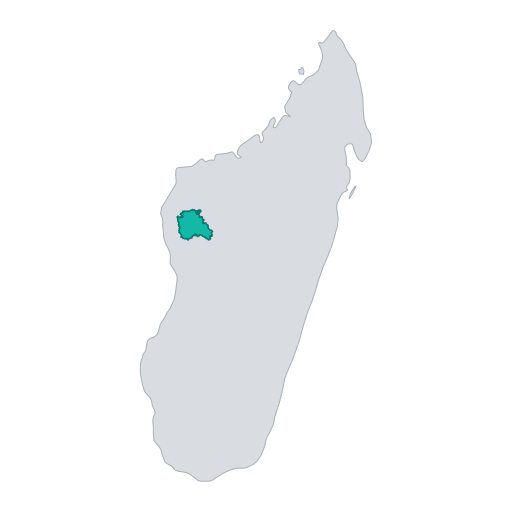 location of Morafenobe, Melaky, Madagascar
{"feature_id": "10022922B27026898293410", "entity_name": "Morafenobe", "entity_type": "district", "adm_level": 2, "iso_a3": "MDG", "parent_name": "Madagascar", "parent_adm1": "Melaky", "projection": "orthographic", "projection_center": [45.038, -17.912], "detail": "fine", "context": "in_parent", "style": "filled", "palette": "teal", "viewbox_px": 512, "rotation_deg": 0, "n_neighbors": 0, "source": "geoboundaries", "source_scale": "gbopen_adm2", "svg_char_len": 8640}
<svg xmlns="http://www.w3.org/2000/svg" viewBox="0 0 512 512"><path d="M343.1,42.8L344.6,46.3L346.2,49.7L351.6,57.9L353.8,61.1L355.8,64.5L356.6,71.1L359.8,81.5L362.8,97.1L363.4,113.0L364.3,120.4L366.6,127.3L370.6,134.5L371.7,142.5L369.0,150.6L365.2,158.2L364.2,159.6L362.4,161.5L361.6,161.4L358.8,159.4L356.5,156.1L353.6,148.3L352.6,144.4L351.4,143.8L347.8,144.0L345.2,146.4L344.7,147.9L345.2,152.2L346.1,156.1L346.4,160.1L346.4,165.0L347.3,166.6L348.7,167.9L350.0,171.1L350.1,178.9L349.1,182.8L346.6,186.1L346.7,187.9L347.5,189.9L346.6,191.0L343.3,192.4L341.9,193.6L340.1,197.0L337.0,203.9L336.6,207.4L338.1,218.3L337.4,226.0L333.4,240.6L331.1,247.6L328.0,255.8L323.2,266.7L318.4,280.4L314.3,294.5L311.3,303.0L307.9,311.3L303.2,326.1L299.2,341.1L293.4,357.5L285.6,375.9L284.7,378.3L283.0,387.7L281.1,395.8L279.0,403.9L274.6,417.2L274.0,421.3L273.0,425.2L268.9,433.6L267.1,436.6L265.9,439.9L265.2,444.1L263.9,448.2L260.9,455.6L256.4,461.9L253.5,464.2L247.0,467.5L243.8,468.2L236.6,468.2L229.7,470.1L222.4,473.7L215.5,477.9L212.8,479.9L209.9,481.1L200.7,481.3L198.0,480.4L188.8,473.4L185.2,472.3L178.5,471.3L176.5,470.7L174.6,469.8L171.9,466.2L166.4,463.2L165.1,462.2L164.3,460.1L163.7,457.8L162.3,455.3L161.2,450.4L159.4,447.0L154.3,441.0L153.8,439.1L153.3,432.7L153.4,428.4L152.8,420.4L153.4,416.7L155.1,413.3L154.4,409.7L152.4,405.9L151.7,401.9L150.3,398.3L144.9,391.9L143.6,388.7L142.7,385.4L140.6,375.1L140.3,371.5L140.5,363.9L141.2,360.0L142.5,357.2L142.8,355.2L143.6,353.4L144.8,352.0L145.7,350.4L147.6,340.6L150.1,338.4L153.9,337.2L156.9,334.6L158.6,331.2L160.3,324.1L165.0,317.0L166.7,313.3L170.5,307.7L173.9,299.8L174.9,296.1L175.6,292.3L176.5,284.0L177.1,279.9L177.0,275.7L175.0,271.5L170.3,263.9L170.1,262.5L170.4,256.8L170.0,252.7L168.3,248.6L166.0,244.7L163.8,237.5L162.7,225.6L162.9,221.3L162.2,217.4L160.6,213.8L161.7,207.4L175.8,184.2L176.2,181.5L175.7,174.4L175.9,170.3L176.4,168.8L177.5,167.9L180.0,167.4L191.5,166.4L193.0,165.7L195.8,163.8L199.8,160.0L201.6,158.9L203.2,159.3L204.2,160.9L205.5,161.8L210.1,160.1L211.9,160.1L213.7,160.3L214.6,158.8L215.1,156.7L215.8,155.2L217.0,154.3L223.0,153.9L226.9,153.3L231.8,151.9L232.9,152.2L236.9,157.5L238.1,158.0L239.6,158.2L241.0,157.2L237.8,154.4L237.3,152.9L237.5,151.1L239.2,147.3L242.1,144.4L248.6,140.0L255.4,135.0L257.3,134.7L259.0,135.5L260.2,141.5L260.0,142.5L261.1,142.7L262.4,141.9L263.5,139.5L263.6,137.5L262.7,135.6L262.3,133.9L262.2,132.4L265.7,128.9L268.4,125.5L269.7,121.5L270.8,119.6L273.6,117.5L274.5,117.9L275.1,119.6L275.4,121.4L274.7,123.2L273.6,125.0L273.2,127.3L274.8,127.8L276.3,127.3L278.5,123.0L281.1,119.0L282.6,116.9L284.5,115.5L287.7,115.8L290.7,116.8L285.8,112.4L284.6,106.5L290.6,96.5L290.7,94.4L291.6,93.7L292.0,92.9L289.0,89.4L288.4,87.7L288.9,85.2L290.4,82.9L291.7,81.3L293.6,80.7L295.1,81.6L298.4,84.5L300.6,85.0L303.3,82.3L305.5,79.0L308.9,76.7L312.6,75.4L318.4,70.2L322.3,59.1L322.7,55.9L321.9,52.0L320.6,48.2L318.5,43.5L319.1,42.5L322.2,43.2L323.3,42.5L326.7,38.5L332.5,30.7L334.3,30.8L335.9,32.3L336.4,34.5L337.5,36.1L341.2,39.9L343.1,42.8ZM303.6,73.1L303.6,74.3L299.3,73.8L298.7,69.5L300.8,69.5L301.3,67.7L302.6,67.5L303.9,71.3L303.6,73.1ZM352.9,192.9L349.1,199.0L350.3,193.9L354.6,186.6L355.8,186.1L352.9,192.9Z" fill="#d9dde1" stroke="#a8b0b8" stroke-width="1"/><path d="M211.9,236.1L211.7,235.9L211.7,235.7L211.9,235.4L212.1,235.1L212.2,234.8L212.1,234.3L211.8,234.0L211.6,233.9L211.4,233.2L211.7,232.8L211.6,232.3L212.2,231.9L212.4,231.6L212.5,231.4L211.9,230.9L211.7,230.6L211.4,230.5L211.3,230.2L210.9,230.3L209.0,229.4L208.6,228.3L208.2,227.7L208.0,227.4L208.0,227.1L208.1,226.9L208.1,226.7L208.1,226.3L207.9,226.3L207.8,226.0L208.1,225.6L207.8,225.2L207.7,224.9L207.2,224.7L206.6,224.2L206.4,224.3L206.2,223.8L205.6,223.4L205.7,223.1L205.4,223.1L205.2,222.9L204.9,222.9L205.0,222.9L205.0,223.0L204.6,223.1L204.4,223.2L204.1,223.0L203.9,223.1L203.7,223.4L203.5,223.5L203.0,223.2L202.7,222.8L202.7,222.5L203.1,222.0L203.0,221.7L202.9,221.6L203.0,221.5L203.2,221.3L203.3,221.0L203.2,220.8L203.3,220.7L203.5,220.5L203.4,220.5L203.5,220.4L203.5,220.2L203.6,220.3L203.7,220.2L203.5,219.9L203.5,219.6L203.5,219.3L203.2,219.3L202.9,219.5L202.8,219.4L202.6,219.3L202.5,219.0L202.3,218.8L202.2,218.2L202.3,218.0L202.2,217.7L202.3,217.3L202.0,217.2L201.9,216.8L201.3,216.7L201.0,216.8L200.8,217.0L200.7,216.9L200.4,217.1L200.1,217.4L199.8,217.4L199.6,217.2L199.3,217.1L199.5,216.8L199.6,216.3L199.7,216.1L199.6,215.7L199.3,215.3L198.9,214.7L198.5,214.4L197.6,214.3L197.1,214.1L196.8,213.6L196.4,213.5L196.1,213.1L196.1,212.8L196.2,212.7L195.9,212.6L195.7,212.5L195.8,212.1L195.9,211.9L196.1,212.0L196.4,212.0L196.5,212.4L196.6,212.1L196.8,212.3L196.9,212.2L196.9,212.4L197.2,212.5L197.3,212.3L197.5,212.2L197.6,212.3L197.5,212.6L197.8,212.4L197.9,212.6L198.0,212.9L198.0,212.7L198.3,212.6L198.2,212.8L198.5,212.8L198.8,212.9L198.7,212.7L198.8,212.6L199.0,212.5L199.1,212.3L199.2,212.5L199.5,212.4L199.7,212.5L199.9,212.2L200.6,211.9L200.6,211.6L201.0,210.8L200.9,210.7L200.6,210.7L200.5,210.4L200.3,210.2L200.2,210.3L199.9,210.2L199.7,210.3L199.4,209.9L198.9,210.1L198.6,210.1L198.3,210.8L198.3,211.0L198.2,210.9L197.9,211.0L197.7,210.7L197.4,210.7L196.9,210.8L196.2,211.2L195.9,211.0L195.7,211.2L195.2,210.6L194.7,210.4L194.7,210.2L194.5,209.9L193.8,210.3L193.5,210.3L193.3,209.9L192.8,209.6L192.7,210.0L192.3,210.2L191.8,210.3L191.3,210.0L191.1,210.2L190.8,210.3L190.7,210.3L190.1,210.9L190.0,211.0L189.5,211.0L189.3,211.3L188.9,211.1L188.7,211.1L188.1,211.3L187.8,211.1L187.3,211.5L186.8,211.2L186.4,211.4L185.9,211.2L185.0,211.3L184.8,211.4L184.4,211.2L184.3,211.4L184.1,211.4L184.1,211.6L183.8,211.6L183.6,211.3L183.1,211.2L182.9,211.4L182.8,211.9L183.0,212.4L182.9,212.5L182.8,212.4L182.8,212.5L182.7,212.3L182.4,212.4L182.4,212.5L182.3,212.8L182.2,212.9L182.3,213.1L182.1,213.0L181.9,213.1L181.9,212.9L181.7,213.0L181.8,213.1L181.7,213.1L181.3,213.1L181.3,213.3L181.4,213.6L181.3,213.8L181.1,213.8L181.2,213.7L180.9,213.7L181.1,214.1L180.8,214.5L181.1,214.8L181.4,214.8L181.5,214.9L181.5,215.0L181.3,215.0L182.0,215.5L182.0,216.0L182.6,216.0L182.8,216.2L182.9,216.5L182.6,216.7L182.8,217.0L182.6,217.3L182.4,217.3L182.3,217.5L181.8,217.4L181.7,217.2L181.5,217.3L181.4,216.9L181.5,216.8L181.2,216.6L181.1,216.8L180.9,216.7L180.5,217.0L180.4,217.3L180.2,217.5L179.9,217.8L179.7,217.6L179.6,217.4L179.3,217.2L179.1,217.0L178.7,216.8L178.7,216.7L178.5,216.4L177.6,216.3L177.4,216.5L177.2,217.0L177.3,217.1L177.2,217.4L177.3,217.5L177.6,217.7L177.6,218.2L178.0,218.8L177.9,218.9L177.8,219.0L177.7,219.2L177.8,219.5L177.7,219.7L177.8,219.9L177.8,220.6L177.9,221.0L178.0,221.3L178.0,221.6L178.2,221.8L178.3,222.1L178.6,222.2L178.7,222.4L178.7,222.7L178.8,223.8L178.7,224.1L178.9,224.4L178.8,224.6L178.5,224.6L178.5,224.9L178.7,225.0L179.0,225.6L179.3,225.9L179.0,226.4L179.6,226.8L179.5,227.0L179.9,227.7L179.8,228.2L179.4,228.3L179.2,228.7L179.3,228.9L179.3,229.3L179.4,229.5L179.4,229.9L179.1,230.3L179.1,230.6L178.9,230.6L179.1,231.5L179.1,232.0L178.9,232.3L179.2,232.6L179.4,232.6L179.6,232.8L179.8,232.6L180.3,232.9L180.5,233.5L180.4,233.7L181.4,234.9L181.7,235.6L181.3,235.9L181.2,236.3L181.1,236.5L181.0,237.3L181.3,237.3L181.5,237.2L181.8,237.2L182.0,236.9L182.5,237.1L182.7,237.8L183.2,238.5L183.5,238.4L184.2,238.4L184.5,238.7L185.5,238.9L186.2,238.6L186.5,238.4L187.0,238.5L186.9,238.8L187.1,239.3L187.5,239.4L187.7,239.6L188.1,240.0L188.4,239.7L188.4,239.4L189.0,238.6L189.5,238.6L189.9,238.5L189.9,238.4L190.1,238.4L190.6,238.2L190.8,238.0L190.8,237.7L191.2,237.8L191.5,237.7L191.7,237.9L191.8,237.5L191.7,237.3L192.0,236.8L192.2,236.5L192.3,236.5L192.3,236.3L192.6,236.1L192.6,235.9L193.0,235.9L193.3,235.6L193.7,235.0L193.9,234.8L194.2,234.8L194.4,235.0L194.4,234.7L194.6,234.3L194.8,234.2L195.2,234.1L195.6,234.1L195.7,234.3L195.9,234.5L195.7,234.9L195.8,235.1L196.1,234.6L196.7,234.8L196.8,235.0L196.7,235.4L196.9,235.6L196.9,235.8L197.2,236.0L197.4,236.4L197.7,236.5L197.8,236.5L197.8,236.3L198.0,236.1L197.9,236.0L198.1,235.9L198.3,235.9L198.5,235.7L198.7,235.8L198.8,235.7L199.0,235.8L199.1,235.5L199.3,235.3L199.8,235.2L199.8,234.9L200.0,234.7L200.2,234.8L200.6,234.8L200.7,235.0L201.1,235.0L201.4,235.1L202.0,235.2L202.1,235.6L202.4,235.7L202.6,236.2L203.8,236.6L204.1,237.0L204.5,237.3L205.1,237.1L205.3,237.4L205.5,237.4L205.7,237.8L206.0,237.9L206.0,238.4L206.2,238.6L207.2,238.7L207.5,238.9L208.0,239.2L208.1,239.5L208.6,239.9L208.9,239.9L209.6,239.6L209.9,239.3L210.1,238.8L210.4,238.8L210.6,238.5L210.6,238.4L210.5,238.2L210.0,238.1L210.1,237.3L210.3,236.9L210.0,236.7L209.9,236.6L209.9,236.2L210.0,235.9L210.8,235.6L211.3,236.0L211.6,236.3L211.9,236.1Z" fill="#14b8a6" stroke="#0f766e" stroke-width="1.5"/></svg>